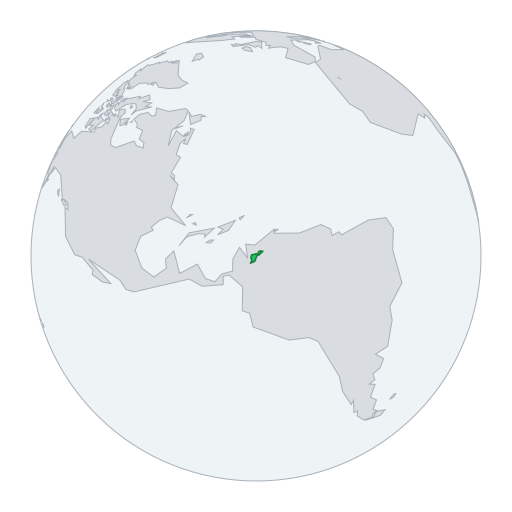 the Earth from above Barinas, rotated 323°
{"feature_id": "VEN-26", "entity_name": "Barinas", "entity_type": "State", "adm_level": 1, "iso_a3": "VEN", "parent_name": "Venezuela", "parent_adm1": "", "projection": "orthographic", "projection_center": [-69.659, 8.155], "detail": "fine", "context": "on_globe", "style": "filled", "palette": "green", "viewbox_px": 512, "rotation_deg": 323, "n_neighbors": 0, "source": "natural_earth", "source_scale": "10m", "svg_char_len": 10330}
<svg xmlns="http://www.w3.org/2000/svg" viewBox="0 0 512 512"><g transform="rotate(323 256 256)"><circle cx="256" cy="256" r="225" fill="#eef3f6" stroke="#a8b0b8"/><path d="M223.0,255.0L217.7,252.5L212.5,259.1L194.8,247.8L188.9,234.3L136.9,211.2L132.0,204.3L132.8,193.4L120.3,157.7L123.5,190.8L117.7,184.1L114.0,172.1L117.3,169.4L116.5,152.4L112.0,145.9L115.7,125.8L132.9,102.0L133.6,105.8L137.7,100.3L137.0,95.5L135.6,93.9L148.7,73.9L149.0,64.6L141.6,66.8L149.1,62.8L130.0,71.5L125.4,73.0L135.3,68.4L139.8,65.8L139.0,64.8L143.5,62.1L145.6,60.3L151.1,57.4L156.4,55.7L160.1,54.0L159.2,53.5L164.2,50.9L164.8,51.6L173.6,47.3L184.1,45.2L181.4,52.5L191.8,51.4L201.2,59.7L204.9,57.4L210.9,60.1L217.4,58.7L217.2,61.3L222.5,58.1L221.4,56.0L223.3,54.1L227.1,53.3L227.6,56.2L225.8,57.1L227.9,57.6L226.5,59.5L229.3,58.1L229.5,62.2L234.8,57.2L239.6,59.7L238.2,62.7L231.1,63.6L210.4,75.3L206.8,79.9L208.9,84.8L227.9,90.8L226.9,95.9L230.9,101.9L234.7,98.1L233.0,92.3L241.1,87.5L238.0,81.6L240.9,79.1L240.6,73.2L248.4,73.0L256.1,76.3L256.8,81.4L260.2,83.3L265.9,78.0L273.1,87.9L288.4,95.8L289.4,99.0L280.1,104.7L264.2,105.0L252.1,115.2L267.8,107.9L270.1,117.0L273.8,118.5L278.2,117.9L280.4,114.4L282.8,117.7L268.2,125.5L265.8,122.6L270.5,119.9L263.0,120.5L253.2,127.0L255.1,131.7L238.2,138.7L239.4,142.4L236.4,146.4L235.6,139.8L236.6,152.2L217.1,166.4L218.1,189.4L208.6,171.6L200.0,169.5L189.6,169.9L189.5,173.6L175.8,170.8L163.0,178.6L157.6,196.9L161.7,211.2L177.0,211.9L181.9,204.0L193.4,202.5L184.5,224.0L204.3,227.2L202.0,243.5L207.7,251.9L217.8,249.8L228.2,253.9L235.8,244.4L248.0,239.2L248.1,252.4L254.9,240.3L261.7,246.6L286.0,245.6L284.1,248.7L304.5,263.8L326.7,269.9L331.9,279.3L329.2,285.4L336.9,286.7L337.0,290.6L367.4,294.9L382.8,303.5L382.1,316.9L369.0,333.1L356.4,365.3L332.6,376.7L326.1,389.2L306.8,407.3L292.4,406.4L296.1,414.8L287.8,420.0L278.4,420.5L276.5,426.3L269.4,426.5L273.9,430.2L262.5,437.6L265.6,443.4L257.3,448.9L259.6,452.1L256.5,452.0L253.2,453.1L252.9,454.9L243.3,451.8L240.6,444.5L244.0,440.7L239.9,440.0L247.1,429.9L242.6,431.9L243.7,416.1L250.1,402.5L254.1,361.5L249.2,353.0L231.9,343.1L211.0,311.0L216.5,297.8L212.0,291.5L226.8,272.6L223.0,255.0ZM43.4,185.8L45.1,180.7L44.4,184.1L43.4,185.8ZM46.0,177.6L45.4,179.3L45.9,177.9L46.0,177.6ZM46.2,176.5L46.0,177.3L46.0,176.9L46.2,176.5ZM46.2,175.7L46.3,176.0L46.2,176.1L46.2,175.7ZM216.6,197.3L239.4,208.6L226.2,210.0L228.7,207.9L223.0,203.3L212.3,199.0L200.8,201.4L216.6,197.3ZM47.0,173.0L47.2,172.2L47.4,171.8L47.0,173.0ZM227.4,184.5L223.4,183.6L227.4,183.5L227.4,184.5ZM134.3,93.8L136.6,95.8L135.5,101.4L133.0,99.9L134.3,93.8ZM137.0,84.3L139.3,84.1L134.6,89.2L134.7,87.7L137.0,84.3ZM135.3,69.5L136.3,70.0L133.8,70.6L135.3,69.5ZM145.0,60.6L143.3,61.5L145.1,60.3L145.0,60.6ZM236.4,73.8L238.4,73.5L237.4,74.7L236.4,73.8ZM234.3,71.7L231.6,73.3L230.2,72.6L231.9,71.6L234.3,71.7ZM155.2,54.9L158.7,53.0L156.0,54.5L155.2,54.9ZM237.9,69.9L228.1,71.1L225.7,69.9L230.1,65.3L237.9,69.9ZM175.5,45.6L180.2,43.9L168.5,48.5L165.7,50.0L164.7,50.2L161.3,51.7L169.5,48.0L175.5,45.6ZM219.4,55.8L220.8,57.9L216.2,57.0L219.4,55.8ZM216.0,55.7L199.1,56.9L198.9,53.9L204.6,53.8L201.6,51.0L209.8,48.8L213.3,49.9L211.8,52.2L216.1,49.8L216.0,55.7ZM186.3,41.9L189.1,41.0L187.2,41.7L186.3,41.9ZM223.8,53.3L220.4,53.6L220.0,50.9L226.7,49.8L224.7,51.0L223.8,53.3ZM196.8,51.5L197.7,49.6L204.6,47.2L205.9,46.3L210.0,48.5L196.8,51.5ZM226.6,51.2L230.1,49.4L233.7,50.1L227.0,52.8L226.6,51.2ZM217.0,50.7L217.2,49.5L219.3,49.8L217.0,50.7ZM248.4,52.3L244.3,52.3L243.7,50.8L248.4,52.3ZM231.2,48.7L229.9,48.5L229.3,48.1L232.2,47.1L231.2,48.7ZM214.6,46.9L217.3,46.5L213.3,45.8L218.3,44.4L220.1,46.3L221.4,44.9L223.0,44.5L222.8,46.6L214.6,46.9ZM233.2,44.9L237.3,47.5L244.9,47.6L245.6,48.9L233.2,48.5L233.2,44.9ZM227.1,45.6L231.0,45.4L229.9,46.8L226.5,47.9L227.1,45.6ZM221.0,42.9L212.8,44.5L212.7,44.1L221.0,42.9ZM235.7,44.6L234.6,44.0L236.3,44.4L235.7,44.6ZM225.8,43.0L222.9,43.5L222.8,43.0L225.8,43.0ZM234.9,42.6L236.2,43.3L234.0,44.0L234.9,42.6ZM230.9,42.5L231.5,41.7L232.4,43.7L229.6,42.8L230.9,42.5ZM226.2,42.4L225.2,42.3L227.4,42.2L226.2,42.4ZM242.8,40.1L244.4,42.5L239.4,43.8L238.5,41.1L242.8,40.1ZM259.4,458.1L244.1,452.9L252.7,455.3L258.4,452.6L266.5,456.4L259.4,458.1ZM276.5,450.9L283.3,449.2L284.9,450.1L280.6,451.5L276.5,450.9ZM431.8,115.1L429.0,111.8L427.7,110.1L431.8,115.1ZM419.0,100.5L420.5,102.1L421.1,102.7L424.9,107.0L427.8,110.9L434.0,118.1L437.2,122.7L427.9,112.3L424.1,107.9L412.0,99.1L416.3,103.9L428.1,112.9L427.1,112.8L433.1,120.6L427.8,114.6L413.8,104.6L413.2,110.6L422.9,132.6L420.3,136.3L413.3,134.7L399.0,115.4L406.5,109.5L401.5,103.7L390.9,97.4L394.1,96.5L390.6,93.6L392.6,91.5L386.3,82.9L386.9,80.7L375.7,72.3L374.5,70.3L381.5,75.6L386.6,78.6L387.0,74.8L384.6,72.6L377.3,67.7L378.3,67.8L371.2,63.6L367.2,60.4L366.2,61.2L357.6,56.7L350.4,52.5L347.4,51.5L359.1,58.4L363.9,61.2L368.3,63.1L381.3,72.3L383.0,74.9L368.7,66.7L369.6,69.9L358.1,63.1L333.7,46.9L328.0,43.5L336.5,45.6L339.3,46.7L343.1,48.3L343.1,48.5L351.1,51.8L346.6,49.8L347.0,49.9L362.9,57.7L378.1,66.7L392.6,76.9L406.3,88.2L419.0,100.5ZM182.1,43.2L180.2,43.9L175.5,45.6L182.1,43.2ZM453.9,363.6L455.8,360.1L469.3,324.6L474.8,306.2L477.1,293.1L476.7,266.7L477.2,249.9L475.7,244.0L473.6,247.4L471.2,240.4L469.4,241.3L453.8,254.2L445.6,246.2L427.8,218.3L428.2,204.7L422.3,190.9L419.9,137.2L426.1,137.6L431.9,125.5L433.8,126.2L440.4,136.6L450.5,144.2L445.2,134.5L446.6,135.9L454.6,149.6L461.6,163.9L467.6,178.7L472.5,193.8L476.4,209.3L479.1,225.0L480.8,240.8L481.3,256.7L480.7,272.6L478.9,288.5L476.1,304.1L472.1,319.6L467.1,334.7L461.0,349.4L453.9,363.6ZM428.6,162.0L430.5,166.2L428.6,162.0ZM286.7,245.5L289.6,248.0L285.8,248.1L286.7,245.5ZM224.2,215.4L229.1,215.7L231.6,217.7L227.8,218.4L224.2,215.4ZM265.5,215.4L271.2,216.5L265.3,217.7L265.5,215.4ZM243.0,210.0L261.0,215.1L249.5,219.0L238.1,216.0L246.0,214.9L243.0,210.0ZM224.8,192.0L227.9,192.9L226.9,195.3L224.8,192.0ZM230.3,184.5L229.1,184.7L227.6,182.8L230.3,184.5ZM270.9,116.5L272.2,116.0L276.7,116.2L274.5,117.7L270.9,116.5ZM296.8,109.3L300.1,114.8L296.3,111.6L293.9,114.4L282.8,111.6L289.3,100.4L288.4,105.7L296.8,109.3ZM269.9,105.7L276.2,108.2L269.0,106.0L269.9,105.7ZM369.8,81.6L373.4,82.5L377.0,86.1L376.2,90.7L371.0,85.3L369.8,81.6ZM377.7,83.1L363.7,74.8L363.7,72.2L366.1,74.9L367.4,74.0L371.6,78.3L385.2,84.7L389.3,88.5L385.6,93.8L384.6,89.7L381.1,88.8L377.7,83.1ZM328.2,64.1L322.2,62.2L329.9,58.9L334.6,61.2L334.1,65.4L328.2,65.2L328.2,64.1ZM247.6,62.3L244.8,62.9L244.7,61.9L246.9,60.6L247.6,62.3ZM246.5,52.4L259.8,58.9L257.2,59.8L268.0,63.4L265.5,67.3L258.6,64.7L264.8,70.9L257.5,70.1L262.5,74.2L247.3,68.0L241.0,68.2L249.0,66.4L251.5,62.6L250.6,61.0L243.7,56.9L231.4,56.0L231.9,52.8L235.5,50.7L238.5,50.4L237.2,52.5L242.2,50.6L242.7,53.5L246.5,52.4ZM277.5,37.5L274.7,38.5L284.8,38.2L285.3,39.8L286.4,39.7L289.6,41.3L295.5,43.2L294.7,44.0L297.4,44.5L299.6,45.8L302.9,46.8L302.6,48.8L306.7,50.3L304.2,50.4L311.4,52.7L305.9,51.9L308.3,54.0L312.3,53.6L302.6,64.7L302.7,71.0L305.7,77.0L296.0,75.7L287.0,69.7L279.6,62.4L280.9,56.9L276.3,57.7L275.5,55.5L279.5,55.8L272.9,54.1L273.4,52.5L266.8,47.9L257.1,47.3L254.5,45.9L258.5,45.4L253.0,44.4L258.9,42.7L257.1,41.8L261.1,39.5L269.9,39.6L267.2,38.6L270.1,37.3L277.5,37.5ZM244.1,39.4L254.5,38.3L259.9,38.9L250.7,42.7L251.5,43.8L245.8,47.0L238.1,46.2L240.5,45.3L240.9,44.3L243.2,44.9L241.7,43.7L244.9,42.5L244.7,41.4L248.1,41.3L244.1,39.4ZM431.6,121.7L432.3,121.5L432.3,120.1L436.1,125.3L431.6,121.7ZM422.3,114.9L422.3,113.7L427.6,119.7L426.9,120.3L422.3,114.9ZM417.7,108.3L421.9,113.2L419.2,110.9L417.7,108.3ZM381.0,74.6L380.4,73.4L382.1,74.4L384.5,76.4L381.0,74.6ZM307.3,39.3L304.9,39.2L303.6,38.8L295.9,37.6L294.9,36.7L299.1,37.0L307.3,39.3ZM439.6,125.4L439.6,125.8L438.6,124.3L439.6,125.4L439.6,125.4ZM304.9,38.1L301.9,37.6L303.3,37.5L304.9,38.1ZM293.7,36.0L294.6,35.7L293.8,36.5L293.7,36.0ZM287.1,33.3L290.7,33.8L289.5,33.8L287.1,33.3ZM188.2,41.2L189.0,41.0L186.6,41.7L188.2,41.2Z" fill="#d9dde1" stroke="#a8b0b8" stroke-width="1"/><path d="M262.3,254.5L262.5,254.7L262.6,254.8L262.6,255.0L262.8,255.0L263.0,255.1L263.0,255.3L263.2,255.5L263.3,255.5L263.3,255.4L263.3,255.5L263.6,255.6L263.7,255.8L263.8,255.9L263.8,256.0L264.0,256.2L264.1,256.3L264.1,256.5L264.3,256.6L264.2,256.8L264.2,256.7L263.9,256.6L263.7,256.6L263.2,256.5L262.9,256.5L262.7,256.4L262.2,256.4L262.0,256.5L261.9,256.5L261.7,256.7L261.5,256.8L261.4,256.8L261.4,256.7L261.2,256.7L260.9,256.7L260.7,256.8L260.3,256.8L260.2,256.7L259.9,256.7L259.7,256.9L259.3,257.0L259.0,257.0L258.9,256.9L258.7,256.7L258.4,256.6L258.1,256.6L258.0,256.4L257.8,256.3L257.7,256.3L257.3,256.4L257.1,256.4L256.9,256.3L256.3,256.8L255.7,257.2L255.5,257.3L255.4,257.3L255.2,257.4L255.0,257.5L254.9,257.6L254.7,257.6L254.4,257.7L254.3,257.8L254.2,257.9L254.2,258.0L253.9,258.2L253.7,258.1L253.4,258.5L253.2,258.8L252.9,258.9L252.8,259.0L252.7,259.0L252.4,259.2L252.2,259.4L251.9,259.4L251.7,259.4L251.3,259.4L251.2,259.4L250.8,259.2L250.7,259.1L250.4,259.0L250.2,259.0L250.0,258.9L249.9,258.8L249.8,258.7L249.7,258.8L249.6,258.7L249.4,258.7L249.2,258.7L248.9,258.7L248.8,258.8L248.7,258.8L248.6,258.7L248.5,258.8L248.4,258.8L248.3,258.7L248.3,258.8L248.2,258.8L247.9,258.7L247.6,258.6L247.5,258.4L247.8,258.4L248.1,258.4L248.3,258.4L248.6,258.5L248.8,258.5L249.0,258.5L249.3,258.6L249.5,258.6L249.4,258.5L249.2,258.4L249.1,258.2L248.9,258.1L248.9,257.9L249.0,257.8L249.0,257.7L249.1,257.4L249.7,257.0L249.8,256.9L249.9,256.7L250.0,256.7L250.4,256.3L250.5,256.2L250.7,255.9L250.7,255.7L250.6,255.4L250.5,255.2L250.6,254.9L250.7,254.7L250.8,254.7L250.9,254.4L250.9,254.2L251.0,254.1L251.4,253.8L251.5,253.7L251.8,253.5L252.0,253.4L252.3,253.3L252.4,253.2L252.5,253.2L252.6,252.9L252.7,252.7L253.0,252.6L253.3,252.6L253.5,252.6L253.8,252.6L254.0,252.6L254.5,253.1L254.7,253.3L255.0,253.5L255.4,253.7L255.5,253.7L255.8,253.8L255.9,253.7L256.0,253.7L256.3,253.7L256.5,253.8L256.7,254.0L256.8,254.0L257.0,254.0L257.3,254.1L257.5,254.2L257.6,254.3L257.8,254.5L257.9,254.8L258.0,254.9L258.1,255.0L258.2,255.4L258.3,255.5L258.5,255.6L258.7,255.8L258.8,255.9L259.0,256.0L259.3,256.1L259.2,255.9L259.3,255.6L259.4,255.4L259.6,255.2L259.8,255.1L259.9,254.9L260.1,254.6L260.2,254.4L260.2,254.2L260.5,254.2L260.8,254.2L261.0,254.2L261.3,254.2L261.5,254.2L261.8,254.2L262.1,254.3L262.3,254.4L262.3,254.5L262.3,254.5Z" fill="#22c55e" stroke="#15803d" stroke-width="1.5"/></g></svg>